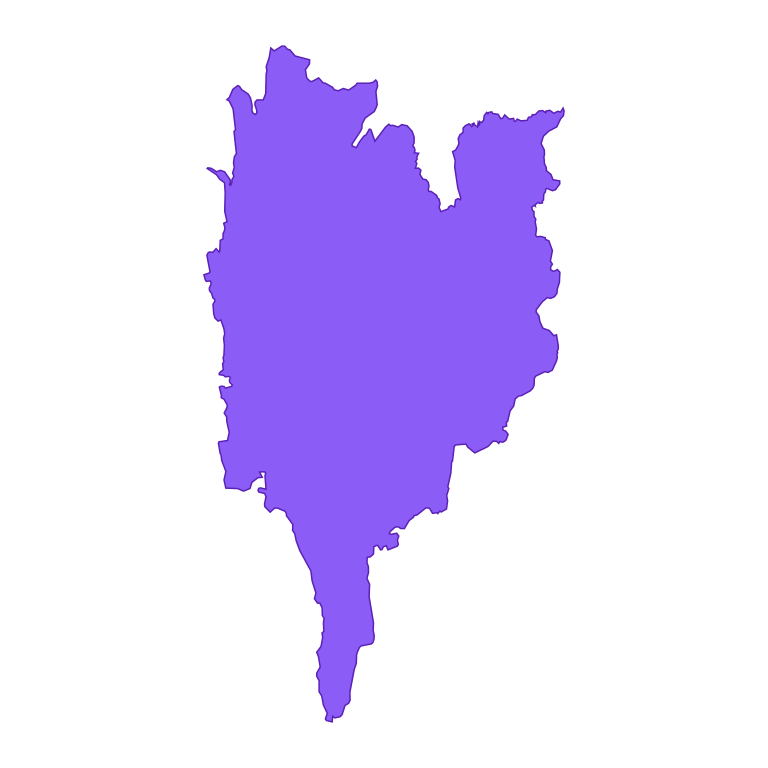 Kale, Sagaing, Myanmar
{"feature_id": "60261553B8221618130624", "entity_name": "Kale", "entity_type": "district", "adm_level": 2, "iso_a3": "MMR", "parent_name": "Myanmar", "parent_adm1": "Sagaing", "projection": "equal_earth", "projection_center": [94.431, 22.954], "detail": "fine", "context": "isolated", "style": "filled", "palette": "violet", "viewbox_px": 768, "rotation_deg": 0, "n_neighbors": 0, "source": "geoboundaries", "source_scale": "gbopen_adm2", "svg_char_len": 6089}
<svg xmlns="http://www.w3.org/2000/svg" viewBox="0 0 768 768"><path d="M220.2,453.6L221.0,454.7L221.7,460.4L225.9,471.5L224.0,479.9L225.8,488.1L237.7,488.6L243.6,491.1L250.0,488.5L251.9,482.3L258.0,477.7L262.3,477.3L259.5,472.0L264.4,471.8L265.7,472.9L265.0,475.8L266.0,489.2L260.5,487.9L258.7,488.4L258.0,490.5L258.9,492.1L264.6,493.4L266.0,496.7L264.5,504.0L264.8,506.7L270.2,512.2L274.6,508.0L277.6,508.1L285.1,511.3L286.3,513.4L286.5,515.8L292.8,524.5L292.6,530.5L294.7,533.5L296.3,541.1L299.9,550.8L310.9,570.9L312.1,580.8L315.9,593.0L314.4,598.7L317.6,603.2L319.7,603.0L322.1,607.8L322.3,615.5L324.1,618.1L323.4,623.2L323.9,631.3L322.0,633.0L322.7,637.3L321.0,646.5L316.7,652.2L318.5,656.9L320.2,667.0L316.7,673.2L316.7,676.2L319.1,680.7L319.1,691.8L321.7,695.9L323.4,705.0L327.3,713.3L325.4,718.9L326.4,720.5L332.2,721.9L332.7,716.3L334.8,717.9L340.2,716.7L342.2,714.4L345.0,705.5L348.7,703.2L350.1,700.1L349.9,692.1L354.3,669.1L356.3,663.5L356.6,654.7L357.5,651.7L359.6,647.2L361.2,645.9L371.4,643.9L373.0,642.4L374.0,639.0L374.2,635.4L373.2,630.6L373.5,622.9L369.1,596.6L369.6,584.4L366.9,578.3L368.5,572.6L368.4,566.8L367.0,562.6L367.2,557.3L370.3,556.9L373.5,554.0L373.8,546.8L376.4,545.5L377.8,545.5L380.5,549.9L382.1,549.5L383.4,546.7L386.3,545.8L388.0,549.9L397.5,546.1L398.3,544.3L397.4,540.1L398.8,536.1L396.7,533.2L390.9,534.4L389.2,533.5L390.3,531.5L394.9,527.3L398.0,526.7L400.7,528.5L404.4,528.6L409.1,520.6L413.5,517.2L413.9,515.7L417.0,515.0L426.2,507.7L429.5,508.3L432.5,513.3L437.0,512.7L437.8,513.6L439.9,511.1L441.2,512.0L446.5,509.0L447.6,500.9L446.7,495.5L448.8,488.6L447.8,486.8L450.8,473.4L451.7,461.6L452.5,461.1L454.2,446.4L455.7,444.9L466.0,444.1L467.7,447.1L474.8,452.9L488.0,446.5L493.0,441.2L496.5,441.3L498.8,443.4L499.9,441.6L502.8,442.2L504.7,441.2L506.1,439.9L508.1,434.4L505.7,431.1L503.0,430.0L502.8,427.2L506.6,426.1L506.3,422.2L507.6,421.5L510.1,410.9L513.7,406.0L515.2,398.9L518.7,396.0L521.5,395.6L530.5,390.7L532.8,388.2L534.1,385.2L534.4,378.0L535.9,376.0L544.9,371.7L548.1,372.4L552.3,370.1L556.5,360.9L557.3,357.8L556.9,354.3L557.7,352.9L557.1,351.5L558.3,348.9L558.3,346.0L556.5,334.8L553.8,335.7L549.2,330.5L542.9,328.2L540.0,321.9L538.9,315.9L536.2,312.2L536.2,309.8L542.5,301.6L547.3,297.6L550.6,298.4L554.5,296.7L556.9,293.3L557.4,288.7L559.4,282.5L559.9,272.3L557.4,269.5L553.8,271.4L550.7,269.9L550.7,266.7L552.4,264.2L550.4,261.0L552.4,250.6L548.9,240.8L545.5,239.5L545.3,237.7L540.7,236.4L537.2,236.8L535.6,235.5L536.5,229.0L535.2,221.9L535.8,219.2L534.0,216.4L534.0,211.5L532.5,210.5L531.7,207.3L534.1,205.4L535.3,206.2L535.0,204.9L538.2,202.3L539.5,203.4L542.4,203.0L542.4,201.2L543.5,200.0L543.8,194.0L545.4,191.9L545.8,189.0L546.9,188.4L552.5,190.7L555.5,189.8L559.8,183.8L559.7,180.9L553.0,179.7L551.0,174.5L546.5,170.7L546.2,167.4L544.5,163.8L543.9,156.5L544.5,154.8L544.3,150.0L541.1,143.6L543.4,136.2L548.8,131.1L556.8,126.9L560.6,118.9L563.4,115.7L564.1,111.1L563.1,108.1L560.5,112.1L557.8,111.3L553.9,113.3L549.8,110.3L545.9,111.1L545.7,112.7L542.6,110.6L538.8,111.0L535.3,114.6L532.3,114.7L531.4,116.8L528.5,117.3L527.1,120.4L520.9,120.8L517.2,119.1L515.5,121.4L514.1,121.0L513.6,118.4L509.3,119.1L504.7,114.9L502.7,118.1L500.7,118.7L498.1,114.3L492.7,113.5L491.7,111.8L488.3,112.6L487.9,113.7L486.6,112.4L484.2,115.7L483.6,120.3L481.2,122.7L479.5,121.4L479.4,125.6L478.1,122.7L477.6,127.0L474.6,124.8L473.9,123.1L472.0,124.1L473.4,124.9L471.7,126.6L469.2,123.8L465.4,125.6L463.1,128.1L463.1,132.3L459.9,134.8L458.2,138.6L458.9,143.5L458.0,145.9L455.6,150.1L452.6,151.6L455.2,160.5L454.7,166.9L457.8,188.0L460.7,197.8L460.4,199.7L458.0,198.6L455.5,200.0L454.6,206.9L451.0,205.5L448.6,207.2L448.0,209.0L440.9,211.6L439.1,207.4L440.1,203.7L439.0,199.0L437.5,197.9L436.7,195.4L431.2,191.5L428.7,191.3L428.3,189.7L429.0,186.0L428.3,182.5L426.1,179.7L422.9,179.1L419.9,174.4L420.9,170.2L418.6,168.1L415.4,168.3L416.8,163.5L415.6,161.5L417.1,159.1L416.8,156.9L418.6,153.3L414.4,152.8L415.0,150.2L414.2,147.3L412.7,145.9L414.1,142.8L414.1,136.9L412.1,131.3L407.2,125.8L401.7,124.6L398.3,127.0L392.7,125.3L390.4,125.6L388.9,124.2L385.5,127.1L374.9,141.2L370.9,129.6L369.4,129.1L366.2,134.7L363.8,136.2L359.3,142.2L356.4,147.6L352.1,145.9L352.1,144.0L360.5,131.2L361.8,128.5L362.1,123.9L365.2,118.0L374.3,111.5L376.3,107.4L377.2,104.5L375.9,91.4L377.6,86.2L377.1,81.8L375.7,80.0L373.1,82.3L369.2,83.2L357.1,83.2L355.8,85.1L348.7,90.1L343.3,88.5L338.2,90.8L334.3,89.8L332.7,87.4L325.2,83.1L323.4,83.2L318.7,77.9L312.1,81.4L310.3,81.4L306.8,78.2L305.4,69.8L309.5,63.8L309.6,59.8L295.1,56.0L289.8,49.8L287.3,49.2L284.8,46.2L281.8,46.1L274.2,50.9L270.8,48.0L269.2,57.6L266.2,66.6L266.9,71.1L266.2,73.5L265.7,93.5L263.2,100.0L257.1,99.9L255.1,102.0L254.9,104.7L256.7,110.2L256.7,112.9L255.5,114.5L253.0,113.2L251.9,110.4L252.1,105.5L250.5,98.0L248.2,94.1L241.6,89.6L239.5,86.4L237.7,85.6L232.8,89.4L229.3,97.5L226.9,99.7L229.2,100.9L233.1,108.9L235.5,129.7L234.0,131.5L236.4,153.5L234.4,156.7L233.5,163.0L234.3,167.3L232.6,173.1L233.9,176.2L231.9,179.9L232.0,182.0L230.7,185.3L229.5,184.7L230.4,181.5L230.1,179.7L224.6,171.8L220.4,170.3L216.6,171.7L211.2,168.3L207.8,167.8L207.2,168.5L216.5,174.7L219.8,179.3L224.5,182.7L225.2,192.9L224.7,211.3L227.0,221.6L223.7,223.3L224.9,227.7L224.4,230.9L223.1,233.4L223.0,238.9L220.3,240.3L219.7,251.3L219.2,252.1L216.1,248.6L212.9,252.2L209.3,252.0L207.9,253.0L206.9,255.4L210.0,271.8L209.2,273.0L203.9,274.8L205.5,280.4L206.4,281.4L210.3,280.9L211.2,283.8L209.3,288.0L209.5,290.7L211.6,293.4L212.9,297.9L214.7,299.4L214.9,301.1L213.0,304.3L213.7,313.7L214.9,318.0L218.1,321.1L220.9,320.0L224.0,329.0L224.7,333.8L223.6,338.1L224.4,345.2L223.9,355.5L223.1,357.7L223.8,362.1L222.6,363.6L223.3,369.8L220.4,371.9L219.2,373.4L219.3,374.7L223.6,375.3L225.2,376.8L229.3,376.5L230.4,377.7L229.4,380.0L229.7,382.3L232.2,384.9L231.6,386.4L225.5,388.1L224.0,386.5L221.1,386.1L219.3,387.1L221.4,395.5L221.2,397.7L224.0,399.2L227.1,404.7L227.1,407.2L224.2,413.1L226.7,417.0L226.7,420.9L229.2,432.4L227.5,440.5L219.0,441.8L218.4,443.1L220.2,453.6Z" fill="#8b5cf6" stroke="#5b21b6" stroke-width="1.5"/></svg>